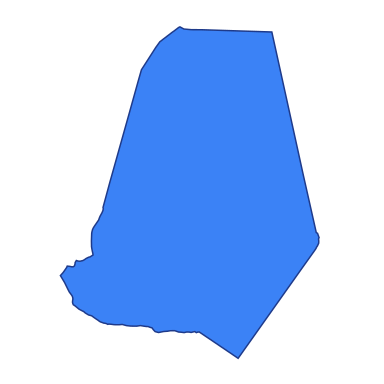 Budalangi, Western, Kenya, rotated 182°
{"feature_id": "3690345B63864240127702", "entity_name": "Budalangi", "entity_type": "district", "adm_level": 2, "iso_a3": "KEN", "parent_name": "Kenya", "parent_adm1": "Western", "projection": "robinson", "projection_center": [34.038, 0.077], "detail": "fine", "context": "isolated", "style": "filled", "palette": "blue", "viewbox_px": 384, "rotation_deg": 182, "n_neighbors": 0, "source": "geoboundaries", "source_scale": "gbopen_adm2", "svg_char_len": 1775}
<svg xmlns="http://www.w3.org/2000/svg" viewBox="0 0 384 384"><g transform="rotate(182 192 192)"><path d="M320.6,103.9L316.2,97.1L312.5,90.2L311.1,87.7L308.3,84.2L307.6,82.6L307.3,81.0L307.5,79.3L307.6,77.7L307.2,76.3L306.7,75.2L305.2,74.3L300.6,70.8L295.9,68.6L294.5,67.4L291.1,65.5L288.0,64.8L285.5,63.1L283.5,61.8L281.5,60.6L280.4,59.8L279.1,59.0L277.4,58.5L275.7,57.9L274.4,57.8L273.0,57.5L271.6,56.8L270.5,57.1L268.3,57.0L265.3,56.7L263.0,56.7L260.2,56.8L257.1,57.2L252.9,56.2L249.0,55.9L246.6,55.9L242.6,56.0L238.9,56.7L235.8,56.3L233.1,56.0L231.2,56.0L228.9,55.2L227.3,54.9L225.8,53.0L224.0,51.2L221.9,50.7L220.5,50.4L215.4,51.6L211.6,52.0L208.8,52.6L204.4,52.8L200.6,51.6L198.0,51.5L195.0,51.2L192.3,51.9L189.7,51.9L188.0,51.6L186.3,52.1L184.3,52.6L182.8,51.6L181.3,52.2L179.8,52.3L140.1,27.4L124.9,50.5L79.6,119.4L67.4,137.8L66.1,139.9L65.6,141.2L64.8,142.4L63.6,145.3L63.6,147.4L63.9,149.6L63.4,150.8L65.1,155.1L66.4,155.8L81.7,214.1L89.9,246.1L108.9,320.1L117.8,354.7L187.7,354.5L198.4,354.2L205.8,354.6L207.6,355.5L209.8,356.6L211.2,355.9L212.6,354.7L214.1,353.5L215.4,352.4L217.3,351.0L225.9,343.9L227.1,342.9L228.0,342.1L229.3,341.1L233.2,335.3L238.4,326.5L246.8,312.4L249.8,300.3L257.4,268.8L274.6,198.2L280.4,173.4L280.1,172.2L280.4,170.3L281.2,168.2L283.0,164.6L283.7,162.8L284.3,160.8L288.5,154.2L289.5,152.4L290.1,150.9L290.6,148.7L290.8,147.2L290.8,143.5L290.8,141.4L290.8,139.5L290.6,136.0L290.5,133.8L290.1,131.8L289.6,129.5L289.0,127.3L288.7,125.6L291.6,123.6L292.8,123.3L294.2,122.6L295.6,121.8L297.0,120.7L298.6,119.7L301.5,118.9L303.5,119.0L305.2,119.5L306.3,117.5L306.4,116.0L306.9,114.1L307.9,113.2L309.3,113.0L311.4,113.4L314.1,113.6L314.7,112.1L317.0,108.5L318.0,107.0L320.6,103.9Z" fill="#3b82f6" stroke="#1e3a8a" stroke-width="1.5"/></g></svg>